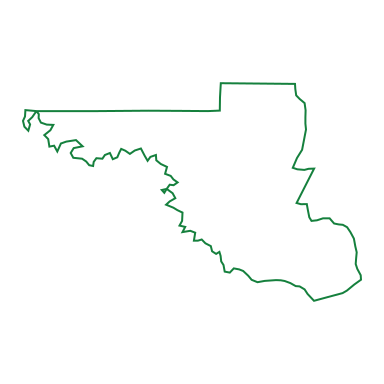 Nova Santa Rosa, Paraná, Brazil (orthographic projection)
{"feature_id": "56859067B51788434732632", "entity_name": "Nova Santa Rosa", "entity_type": "district", "adm_level": 2, "iso_a3": "BRA", "parent_name": "Brazil", "parent_adm1": "Paraná", "projection": "orthographic", "projection_center": [-53.986, -24.449], "detail": "fine", "context": "isolated", "style": "outline", "palette": "green", "viewbox_px": 384, "rotation_deg": 0, "n_neighbors": 0, "source": "geoboundaries", "source_scale": "gbopen_adm2", "svg_char_len": 1970}
<svg xmlns="http://www.w3.org/2000/svg" viewBox="0 0 384 384"><path d="M193.9,240.7L197.8,240.7L201.7,239.5L205.4,243.3L210.8,246.1L212.1,251.3L216.1,253.9L219.4,251.9L220.6,255.9L221.2,261.4L223.5,265.0L224.7,271.6L229.8,272.6L233.8,268.4L239.2,269.4L243.2,271.0L248.3,275.8L251.6,279.8L257.5,282.2L264.7,280.9L276.1,280.1L280.8,280.3L284.7,281.0L290.4,283.1L295.7,286.1L299.6,286.4L304.6,289.4L307.6,294.0L314.0,300.8L327.3,297.2L342.6,293.1L346.9,290.6L354.3,284.5L361.0,279.7L360.7,275.2L357.3,268.9L355.7,264.0L356.1,258.7L356.7,252.3L355.3,246.3L353.9,238.6L350.4,232.1L347.1,227.2L342.8,224.8L338.6,224.4L334.1,223.5L329.6,218.3L323.1,218.3L317.0,220.3L311.5,220.9L309.3,217.3L307.8,209.7L306.8,204.1L300.9,204.2L296.6,203.0L314.1,168.6L308.6,168.8L304.4,169.9L297.3,169.3L292.8,167.8L297.0,158.0L302.1,149.8L306.0,129.5L305.4,123.6L305.4,117.4L305.6,110.3L304.6,103.1L299.7,99.0L296.2,95.4L295.3,88.9L295.0,83.9L220.8,83.2L220.0,97.3L219.8,110.6L207.8,111.1L181.8,110.9L148.6,110.7L98.2,111.1L75.4,111.1L36.4,111.1L38.8,114.2L38.6,118.1L40.9,122.6L46.7,124.6L53.3,124.9L50.4,130.2L44.3,135.1L48.2,139.1L49.4,146.6L54.1,145.7L57.3,151.5L60.9,143.5L66.3,141.6L76.0,140.1L82.6,146.3L73.7,148.1L70.7,153.0L73.3,157.8L82.1,158.7L86.2,161.5L89.2,165.2L93.1,166.0L93.7,161.9L96.4,158.2L102.4,158.7L104.9,155.0L109.9,153.0L112.8,159.2L117.3,157.3L119.3,152.6L121.2,148.9L125.3,150.7L129.9,153.9L134.8,150.5L140.9,148.5L144.7,155.8L147.6,160.8L150.4,156.9L155.9,155.0L156.3,160.3L160.8,164.0L167.0,166.9L165.1,173.8L170.7,175.9L173.4,179.4L177.6,182.4L173.6,185.2L169.7,184.7L166.7,188.9L172.6,193.2L175.3,198.2L169.7,201.4L166.1,204.7L173.4,207.7L177.3,210.1L182.5,212.6L182.1,220.9L179.5,225.6L185.2,226.9L182.5,232.1L190.3,230.8L195.2,232.7L193.9,240.7ZM36.4,111.1L25.4,110.1L25.0,116.5L23.0,120.9L24.4,126.7L28.3,130.7L30.1,124.4L28.2,120.9L32.2,117.2L36.4,111.1ZM166.7,188.9L161.8,190.0L164.3,192.8L166.7,188.9Z" fill="none" stroke="#15803d" stroke-width="2"/></svg>